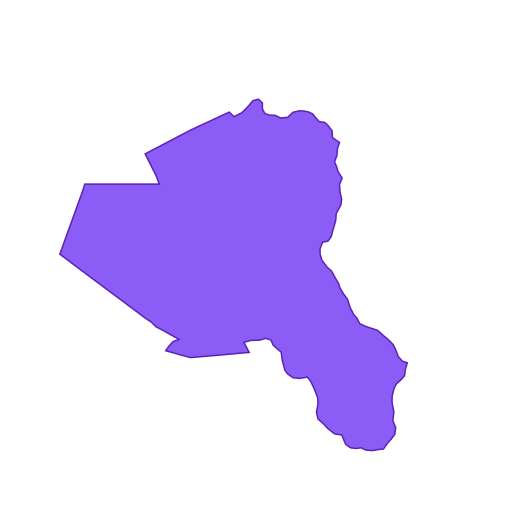 Novo Triunfo, Bahia, Brazil, rotated 198°
{"feature_id": "56859067B45610866333733", "entity_name": "Novo Triunfo", "entity_type": "district", "adm_level": 2, "iso_a3": "BRA", "parent_name": "Brazil", "parent_adm1": "Bahia", "projection": "robinson", "projection_center": [-38.496, -10.365], "detail": "fine", "context": "isolated", "style": "filled", "palette": "violet", "viewbox_px": 512, "rotation_deg": 198, "n_neighbors": 0, "source": "geoboundaries", "source_scale": "gbopen_adm2", "svg_char_len": 1732}
<svg xmlns="http://www.w3.org/2000/svg" viewBox="0 0 512 512"><g transform="rotate(198 256 256)"><path d="M329.0,157.7L323.6,156.9L303.4,152.9L308.4,149.0L310.9,143.6L312.6,138.0L287.0,139.1L256.5,152.0L232.7,162.2L240.8,170.2L234.6,174.2L226.5,177.1L221.3,180.7L215.8,180.7L212.2,176.6L207.5,174.5L202.3,172.3L199.0,165.3L193.5,156.6L189.6,153.6L183.0,151.7L176.6,153.1L169.7,156.7L165.2,153.6L159.1,147.2L153.5,140.1L151.4,134.7L150.2,126.0L146.6,120.1L140.1,117.3L134.3,114.1L126.4,111.1L119.1,112.3L112.6,104.6L106.9,102.8L101.2,103.9L97.0,106.0L91.2,105.4L84.6,107.1L80.3,109.5L75.1,111.8L72.9,119.2L70.6,124.2L68.9,129.3L70.1,136.0L75.0,141.7L76.7,150.4L81.3,158.6L83.2,164.8L83.8,172.8L83.0,177.7L80.1,182.8L77.7,188.0L78.9,194.2L79.1,201.2L84.4,201.2L89.8,204.5L94.1,209.9L97.9,214.0L104.1,217.2L110.2,219.7L117.5,222.9L123.6,222.9L129.5,222.9L136.4,223.7L140.5,227.8L145.2,230.7L150.7,236.3L155.6,243.1L160.9,246.9L166.2,251.5L169.2,255.6L174.5,260.3L179.4,265.0L185.0,267.4L192.0,272.4L195.6,277.6L197.3,282.6L196.9,289.7L192.1,292.4L190.5,297.6L190.9,305.7L191.1,314.0L192.8,321.1L191.1,330.8L192.0,336.3L195.5,342.2L198.7,349.8L198.2,356.8L204.2,361.7L206.8,365.7L210.4,369.8L210.1,376.7L211.8,383.6L211.6,389.7L219.9,392.2L222.2,398.4L227.0,401.9L232.0,404.3L237.4,403.3L242.4,406.2L246.2,408.7L250.8,409.2L255.3,408.7L259.8,407.4L265.3,404.1L268.8,397.6L275.3,394.9L281.7,395.7L286.7,394.1L291.6,394.3L295.2,397.6L297.2,403.5L302.1,405.9L306.9,402.8L310.2,394.7L313.8,387.8L320.0,381.7L325.9,384.6L357.0,355.7L393.0,318.9L386.0,311.8L375.6,301.3L370.2,294.5L441.0,271.5L441.0,262.7L442.4,221.0L443.1,197.1L418.9,188.8L340.5,162.2L335.0,160.7L329.0,157.7Z" fill="#8b5cf6" stroke="#5b21b6" stroke-width="1.5"/></g></svg>